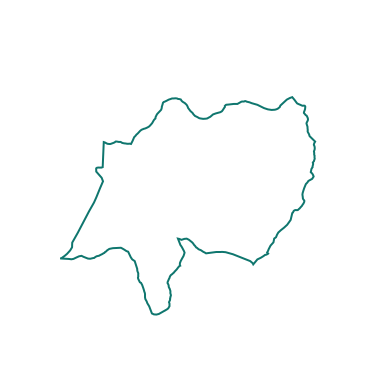 Borsec, Harghita, Romania (Albers equal-area conic projection), rotated 226°
{"feature_id": "2599482B55641005837941", "entity_name": "Borsec", "entity_type": "district", "adm_level": 2, "iso_a3": "ROU", "parent_name": "Romania", "parent_adm1": "Harghita", "projection": "albers", "projection_center": [25.544, 46.966], "detail": "fine", "context": "isolated", "style": "outline", "palette": "teal", "viewbox_px": 384, "rotation_deg": 226, "n_neighbors": 0, "source": "geoboundaries", "source_scale": "gbopen_adm2", "svg_char_len": 6050}
<svg xmlns="http://www.w3.org/2000/svg" viewBox="0 0 384 384"><g transform="rotate(226 192 192)"><path d="M190.6,330.0L190.9,329.3L191.6,327.8L192.6,324.4L192.8,315.6L192.1,314.0L192.3,312.4L192.3,311.7L192.8,310.3L193.6,308.8L195.7,306.3L198.7,304.0L202.3,302.1L209.3,299.6L214.5,296.6L216.5,295.7L219.0,294.1L220.1,293.7L220.6,293.2L221.0,292.2L221.4,291.8L221.8,291.4L222.3,290.9L222.7,290.1L223.8,285.8L225.5,284.1L226.5,283.0L229.4,279.2L231.0,277.2L231.1,276.8L231.1,275.9L231.1,275.6L231.1,275.4L230.6,275.0L230.4,274.8L230.2,274.4L230.2,273.9L229.5,270.9L229.3,269.6L229.7,267.9L232.1,263.5L233.2,261.0L233.3,259.0L233.4,257.4L234.0,255.4L234.3,254.1L235.2,252.8L236.9,250.8L239.4,248.9L240.3,248.4L242.2,247.9L244.6,247.0L247.1,247.0L247.7,247.2L248.5,247.3L251.4,247.1L255.3,247.6L256.5,248.2L258.0,248.6L258.6,248.7L259.2,248.7L260.2,248.6L261.2,248.6L262.3,248.2L262.8,248.1L263.9,247.9L264.5,247.9L265.1,247.9L265.8,248.1L266.4,248.2L266.7,248.0L267.4,247.6L268.8,246.5L269.5,246.3L270.2,245.8L270.8,245.3L272.2,243.6L273.1,242.7L273.8,241.1L274.5,239.7L274.9,238.5L275.3,237.0L275.8,235.6L276.0,234.9L276.2,234.6L276.4,234.0L276.3,233.0L275.7,232.1L275.2,231.2L274.7,230.3L274.3,229.5L273.7,228.9L273.3,228.3L272.6,227.0L272.5,225.7L272.4,223.2L272.3,221.4L272.2,220.6L271.7,219.3L271.4,218.4L271.1,217.7L270.3,216.8L270.3,216.3L270.3,215.4L270.2,214.5L269.6,212.5L269.2,211.1L269.0,208.9L268.9,206.9L269.1,205.8L269.5,204.4L270.0,203.0L270.4,202.1L271.0,201.1L271.2,200.5L271.8,199.0L272.0,197.3L271.8,193.9L271.8,192.8L271.9,191.8L271.7,190.9L271.6,189.5L271.6,188.4L271.1,187.3L270.4,185.6L269.9,184.4L269.4,182.9L269.1,182.1L268.9,181.5L270.0,180.8L270.5,180.2L271.0,179.6L271.5,179.1L272.2,178.5L273.0,178.0L273.5,177.5L274.3,176.9L275.3,176.2L276.0,175.8L276.4,175.8L277.0,175.6L277.6,175.4L278.2,174.8L278.9,174.1L279.9,173.4L280.7,172.8L281.3,172.2L281.4,171.7L281.4,171.0L281.8,169.8L282.3,168.7L282.7,167.8L283.1,166.9L283.5,166.3L284.4,165.5L285.1,164.9L285.8,164.5L288.3,163.7L289.2,163.2L271.9,145.0L272.5,143.8L273.0,143.3L273.6,142.6L274.4,141.9L275.4,140.6L275.6,139.8L275.4,139.3L273.2,137.3L265.0,136.9L261.5,135.4L258.7,128.7L254.5,119.2L252.5,114.2L249.6,104.4L242.0,81.5L238.8,70.7L237.0,68.8L235.8,67.6L235.5,67.2L234.6,63.7L234.3,59.1L234.5,56.0L235.1,52.0L235.8,51.0L229.4,56.9L227.4,58.5L226.2,60.3L225.1,63.6L224.2,66.1L222.8,68.2L220.8,68.9L216.4,70.9L214.7,72.4L212.9,75.4L212.6,75.7L212.5,76.1L212.4,77.3L212.0,78.8L210.7,80.9L210.4,82.2L210.0,83.4L209.6,84.6L209.5,85.3L209.4,85.9L209.1,86.5L209.1,87.2L209.2,87.7L209.0,88.4L208.9,89.3L209.0,90.3L208.6,92.4L208.5,93.0L206.6,96.0L201.3,102.1L200.2,102.5L198.1,103.1L196.9,103.4L195.8,103.6L194.6,104.0L193.4,104.6L187.2,102.5L186.6,102.5L185.9,102.3L185.0,102.2L182.1,102.8L174.6,99.1L174.3,98.7L173.2,97.9L171.9,97.3L170.9,96.9L169.2,95.2L168.5,94.6L168.0,93.7L167.3,93.2L166.9,93.0L165.8,92.6L163.6,91.9L163.3,91.8L162.0,92.2L160.6,91.8L159.8,91.6L156.5,90.1L154.3,89.0L153.7,88.6L152.1,87.9L151.1,87.2L150.2,86.3L148.7,84.9L147.2,84.0L144.8,83.4L143.0,82.6L139.5,81.8L132.5,78.8L130.4,79.6L128.6,81.2L127.3,83.4L125.0,92.3L124.8,94.0L125.5,96.5L127.4,98.3L128.7,98.9L129.0,99.7L129.2,100.3L129.4,100.9L129.8,101.5L130.4,101.9L130.9,102.9L131.3,103.2L131.4,103.4L131.8,104.1L132.1,104.8L132.8,105.4L133.4,105.7L134.2,106.1L134.9,106.8L135.7,107.6L136.4,108.0L137.3,108.4L137.8,108.7L138.5,108.9L139.3,109.1L140.1,109.5L140.6,110.0L141.4,110.5L142.2,110.8L142.8,111.0L143.4,111.1L143.8,111.5L144.2,112.0L144.6,113.0L144.8,113.4L145.1,114.2L145.5,115.0L145.6,115.6L145.9,116.3L146.3,116.9L146.6,117.7L146.8,118.4L146.9,119.1L146.8,119.8L146.7,120.6L146.7,121.3L146.7,122.0L146.6,122.8L146.7,123.7L146.9,124.2L146.8,124.8L146.9,125.9L146.9,126.8L147.0,127.7L147.2,128.8L147.3,129.5L147.4,129.9L147.4,130.8L147.5,131.6L147.2,132.3L147.8,132.5L148.5,133.1L149.3,134.0L150.2,136.0L151.3,139.5L151.8,141.3L152.5,142.7L153.5,144.5L155.1,145.2L159.3,146.4L160.7,146.7L161.8,146.8L168.2,149.5L167.0,150.3L164.9,151.2L163.6,153.9L162.1,155.8L159.8,156.6L155.9,157.1L154.5,157.1L152.1,156.7L151.5,156.8L149.2,156.5L148.3,156.8L147.0,156.9L146.2,157.0L145.4,157.3L144.2,157.9L143.3,158.1L141.9,158.4L140.9,158.6L140.0,159.0L138.9,159.3L138.1,159.5L132.2,167.5L127.5,172.5L125.3,174.4L118.8,178.2L114.8,180.0L101.8,185.9L98.6,186.2L97.4,185.8L98.1,192.2L96.9,195.8L96.3,198.6L96.1,199.9L96.0,200.9L95.5,201.5L95.1,202.5L94.8,203.6L94.8,204.0L96.3,204.0L96.9,206.0L97.5,207.2L98.9,211.3L99.2,215.6L101.4,218.8L101.1,221.0L102.2,223.5L102.9,225.9L102.8,229.3L102.4,233.4L102.3,237.7L103.4,243.6L107.2,249.5L107.1,250.4L107.6,251.5L107.7,252.4L107.5,253.2L107.2,253.8L106.6,254.4L106.0,254.9L105.7,255.3L105.5,255.7L105.5,257.4L105.4,258.1L105.5,258.7L105.6,260.0L105.7,261.7L106.1,262.9L106.2,264.0L107.0,266.0L107.8,266.8L109.5,267.0L110.2,267.2L112.0,268.6L113.4,269.6L114.4,270.9L115.8,273.4L116.8,275.3L118.6,279.4L118.7,281.6L118.9,282.5L119.1,283.4L118.8,284.6L118.0,287.5L118.2,288.6L118.4,289.0L118.5,289.8L118.6,290.2L119.0,290.4L119.8,290.8L120.1,290.8L120.7,291.1L122.2,291.3L122.5,291.3L123.0,291.2L123.4,291.2L123.8,291.2L123.9,291.3L124.0,291.6L124.4,292.2L125.6,293.9L126.1,295.8L126.1,296.0L126.6,296.4L127.4,297.7L127.9,298.5L128.5,299.0L129.1,299.2L129.2,299.6L129.4,300.2L129.4,301.0L129.8,301.6L130.2,302.5L130.8,303.5L131.6,304.0L133.1,305.5L133.8,305.7L134.6,306.4L135.0,306.9L136.0,307.6L136.5,307.9L137.3,309.6L138.3,310.8L139.5,311.7L140.6,312.2L141.3,312.4L141.7,313.0L142.2,313.9L142.4,314.5L142.7,315.6L150.3,315.4L151.0,315.6L151.9,316.2L154.7,317.0L155.3,317.3L155.7,317.7L156.1,318.3L156.7,318.7L157.6,319.4L158.7,320.4L159.1,320.6L161.7,321.9L162.2,322.6L163.0,324.9L163.5,325.7L164.1,326.2L164.7,326.6L166.3,327.2L167.3,327.5L168.2,327.2L169.3,327.3L171.1,327.4L171.6,327.9L172.7,330.2L173.1,330.9L174.6,332.7L175.0,332.9L175.7,333.0L176.3,332.6L176.9,331.9L177.4,331.3L177.9,331.1L178.6,330.8L179.2,330.6L180.8,329.9L182.6,329.2L183.0,329.2L184.7,329.4L186.8,329.7L190.6,330.0Z" fill="none" stroke="#0f766e" stroke-width="2"/></g></svg>